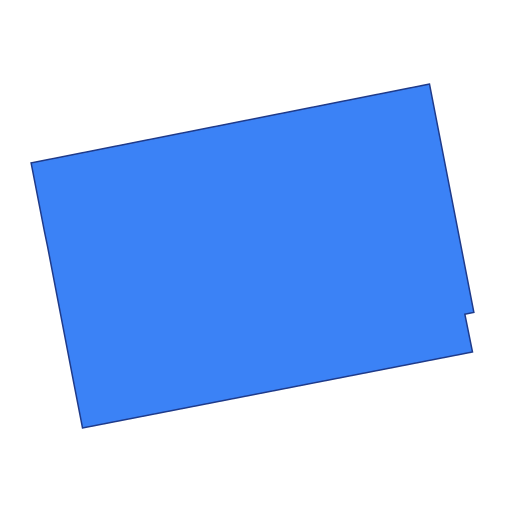 outline of Phillips, Colorado, United States of America, rotated 169°
{"feature_id": "52423323B64261587402804", "entity_name": "Phillips", "entity_type": "district", "adm_level": 2, "iso_a3": "USA", "parent_name": "United States of America", "parent_adm1": "Colorado", "projection": "mercator", "projection_center": [-102.294, 40.594], "detail": "fine", "context": "isolated", "style": "filled", "palette": "blue", "viewbox_px": 512, "rotation_deg": 169, "n_neighbors": 0, "source": "geoboundaries", "source_scale": "gbopen_adm2", "svg_char_len": 287}
<svg xmlns="http://www.w3.org/2000/svg" viewBox="0 0 512 512"><g transform="rotate(169 256 256)"><path d="M459.1,165.8L459.1,120.3L61.8,120.5L62.1,159.0L52.9,159.1L52.9,391.7L459.0,390.3L459.0,320.6L458.8,305.1L459.1,165.8Z" fill="#3b82f6" stroke="#1e3a8a" stroke-width="1.5"/></g></svg>